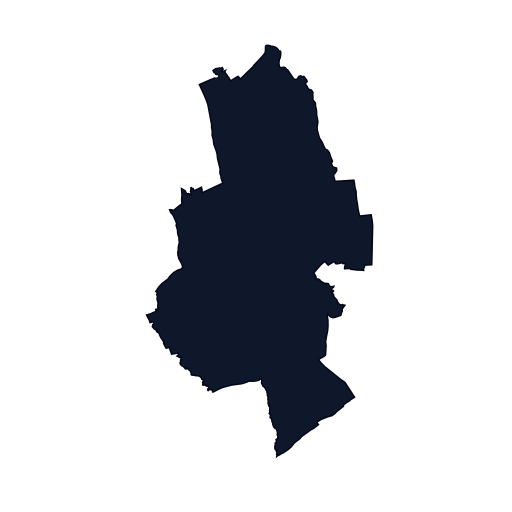 Lelesti, Gorj, Romania (orthographic projection), rotated 342°
{"feature_id": "2599482B29028980052546", "entity_name": "Lelesti", "entity_type": "district", "adm_level": 2, "iso_a3": "ROU", "parent_name": "Romania", "parent_adm1": "Gorj", "projection": "orthographic", "projection_center": [23.201, 45.094], "detail": "fine", "context": "isolated", "style": "filled", "palette": "ink", "viewbox_px": 512, "rotation_deg": 342, "n_neighbors": 0, "source": "geoboundaries", "source_scale": "gbopen_adm2", "svg_char_len": 6100}
<svg xmlns="http://www.w3.org/2000/svg" viewBox="0 0 512 512"><g transform="rotate(342 256 256)"><path d="M263.3,435.6L262.5,433.7L262.5,432.9L267.2,431.6L274.4,431.1L279.0,431.3L282.4,430.2L284.7,428.9L292.6,426.0L292.9,425.8L293.1,424.9L293.4,424.6L297.5,423.2L300.2,422.7L301.8,421.8L306.1,420.8L301.6,403.8L297.9,398.9L287.1,382.3L285.0,378.1L283.5,374.1L284.6,373.5L289.8,372.5L291.1,371.9L291.7,371.3L294.9,363.0L295.8,358.9L298.1,354.4L301.0,349.3L302.8,345.0L304.6,339.3L305.3,334.4L306.0,333.5L308.1,337.0L310.0,338.4L311.9,338.8L317.7,338.7L318.6,338.4L319.4,336.9L321.0,335.2L321.1,334.6L321.0,333.9L321.7,333.1L322.1,332.2L322.6,331.7L323.2,332.1L324.0,331.1L325.4,330.4L325.3,330.1L323.8,330.3L323.9,329.5L323.3,328.9L322.2,329.1L320.3,327.7L319.3,324.5L319.3,322.6L318.1,320.1L317.5,319.5L317.7,318.5L317.5,316.9L317.9,316.4L317.3,315.8L316.9,314.6L318.9,313.3L318.7,312.7L317.2,311.8L317.1,311.4L318.1,310.4L320.4,309.4L320.7,308.8L318.5,308.7L317.1,307.9L316.3,306.1L316.4,305.2L316.2,304.6L312.5,303.0L309.7,299.8L309.2,298.3L307.9,296.9L306.2,297.1L306.6,293.7L305.9,290.7L306.0,289.8L314.2,284.8L316.7,283.6L319.8,282.5L321.8,287.0L329.0,285.3L329.2,287.7L329.9,288.2L331.6,288.7L336.1,289.0L336.1,290.0L338.0,290.5L338.5,291.4L336.8,294.0L336.3,295.5L341.2,296.8L341.7,297.0L341.8,297.7L342.4,298.1L348.3,300.8L351.6,301.9L353.9,303.0L354.3,301.2L355.7,300.1L356.5,298.3L363.4,300.1L376.3,263.3L377.3,259.0L378.3,252.4L366.9,250.0L367.5,243.3L368.4,238.5L369.2,233.2L370.3,228.3L371.1,225.8L371.3,221.5L372.2,216.9L372.5,214.1L360.2,211.0L354.8,209.5L354.3,209.0L354.6,206.1L354.4,204.4L355.2,202.5L356.5,201.9L359.2,199.7L359.8,197.4L359.7,197.1L358.0,196.1L356.2,194.4L356.5,193.6L356.2,191.4L357.7,189.9L358.1,189.0L357.7,186.0L357.7,180.4L356.7,177.4L355.5,176.4L354.9,175.2L354.6,173.8L354.1,168.4L352.8,163.2L353.1,156.8L353.4,154.3L354.1,152.0L356.3,147.6L357.0,143.5L357.2,140.9L358.2,137.5L358.8,134.4L358.8,132.5L359.8,128.8L358.4,125.3L359.5,121.6L359.8,119.9L360.8,117.9L360.2,117.0L360.3,116.0L359.8,115.1L357.9,113.9L357.6,113.4L357.1,111.7L356.9,109.9L356.4,108.9L356.2,108.2L356.4,107.6L357.2,106.4L358.6,105.8L358.5,104.0L357.1,100.2L356.4,99.8L355.2,99.9L354.5,98.7L354.0,98.4L352.4,98.4L349.8,100.5L348.1,100.3L346.7,99.4L343.7,89.1L342.9,88.1L341.9,85.8L340.9,85.1L338.0,84.6L337.1,84.0L336.9,82.3L337.5,79.2L338.4,77.6L339.1,76.0L340.0,75.4L341.3,73.1L342.4,70.3L342.6,68.8L342.3,68.5L340.8,67.8L340.9,66.6L340.0,64.6L339.0,63.4L337.1,61.9L335.6,61.5L334.2,60.2L331.4,58.9L330.7,58.9L329.9,59.4L328.3,64.0L327.6,65.2L326.6,66.2L323.3,68.3L312.5,74.2L312.5,74.6L295.9,82.8L294.4,79.5L286.1,81.6L285.3,78.7L285.3,77.6L284.6,76.5L284.4,75.2L283.3,72.1L283.4,70.9L284.2,70.1L281.4,70.5L280.9,69.4L281.4,69.1L281.2,68.6L282.5,68.2L282.1,66.3L279.7,66.6L279.4,65.8L278.6,65.9L275.5,65.4L272.5,66.2L272.8,68.7L274.0,69.7L273.8,70.7L276.0,71.8L276.7,72.7L276.0,74.1L275.5,74.4L273.4,75.0L271.5,73.9L255.1,75.4L256.4,86.3L256.9,92.3L257.0,97.2L254.4,117.2L253.5,120.1L252.9,124.0L251.5,127.8L251.4,131.9L250.6,135.7L250.4,137.3L250.7,143.5L250.5,146.9L249.5,151.8L248.8,161.5L248.4,163.4L247.8,164.3L247.2,166.8L247.4,168.6L246.8,171.5L247.0,176.4L224.6,179.2L224.8,177.7L224.6,176.9L225.3,176.1L225.1,175.1L225.4,173.7L217.4,174.9L217.1,172.5L216.2,172.4L215.9,171.2L215.5,170.9L215.1,171.0L214.7,172.6L213.7,174.3L213.8,177.1L213.4,177.5L211.0,175.7L209.4,175.6L209.0,174.1L208.8,172.1L206.0,168.9L204.4,175.3L202.6,179.6L201.6,183.6L201.3,183.8L199.0,184.3L192.1,187.0L191.6,187.0L189.7,185.8L188.2,185.3L188.3,188.1L189.4,190.6L189.8,192.4L190.4,197.7L190.5,200.5L190.3,201.2L189.5,202.0L189.4,206.9L188.7,209.4L188.4,211.5L188.4,215.0L187.6,217.2L187.5,219.0L184.9,223.4L183.7,226.8L182.9,227.9L182.1,230.8L181.8,234.7L182.9,240.6L182.9,243.9L181.2,245.2L176.8,245.3L172.6,246.3L168.3,248.4L164.9,250.8L158.3,253.0L153.9,255.5L149.8,258.7L150.5,259.7L150.6,260.6L149.6,262.2L149.8,263.9L148.5,266.4L148.6,267.6L148.3,268.9L148.4,270.2L146.9,273.8L146.5,275.9L144.1,275.8L144.1,277.7L137.4,278.4L133.7,278.3L134.7,284.4L134.6,286.6L137.9,286.7L137.9,288.9L136.7,289.4L135.6,291.2L136.8,294.1L138.8,295.8L138.1,296.0L138.2,297.0L138.6,298.1L139.7,298.7L140.2,303.8L141.2,307.2L141.6,309.7L141.5,310.8L141.1,310.9L142.0,315.9L145.2,316.1L145.4,323.3L152.2,324.3L151.5,326.1L150.0,326.8L150.9,327.5L151.6,328.7L153.3,329.4L153.7,330.0L152.9,330.5L152.0,332.0L151.7,333.2L150.9,333.8L150.6,334.8L150.7,335.8L151.5,337.5L152.7,338.6L153.4,340.1L153.8,340.4L153.7,341.0L154.0,341.5L154.6,341.8L154.8,340.8L155.4,340.9L156.4,342.2L156.6,343.2L157.7,344.3L158.2,346.5L158.3,347.6L157.7,348.4L157.9,349.2L162.8,351.7L163.7,351.9L164.8,352.7L165.7,352.8L165.5,353.4L166.4,355.3L166.4,356.6L167.9,357.7L167.1,358.9L166.4,359.3L166.2,359.8L166.6,360.7L166.6,361.2L165.7,361.3L165.6,362.4L166.6,362.8L167.8,362.7L168.5,364.3L170.4,365.2L171.0,366.1L170.8,366.7L169.3,367.3L168.8,368.0L168.6,368.5L168.9,369.2L170.6,368.4L172.0,369.5L173.3,369.5L173.3,370.1L172.8,371.1L173.0,372.2L179.4,371.1L183.3,370.7L192.8,371.2L203.2,373.1L208.5,373.1L210.3,372.8L215.2,374.4L218.8,375.0L220.8,374.9L222.2,374.3L222.8,374.6L223.1,375.9L222.6,377.4L222.0,378.3L222.0,378.8L222.5,382.3L223.4,383.1L223.6,384.0L224.1,384.9L224.1,386.0L224.5,387.9L224.2,389.8L224.4,390.4L223.8,391.7L223.8,393.4L224.0,394.2L223.2,395.3L223.2,395.8L222.9,396.4L222.9,397.8L222.0,399.4L221.9,402.8L222.6,404.6L222.0,405.2L221.9,405.9L221.2,407.0L220.8,409.1L219.9,409.7L220.7,412.0L219.9,413.1L219.5,414.1L220.5,415.6L220.1,417.9L220.1,419.6L220.4,420.7L219.9,421.4L220.0,423.4L220.1,424.4L220.6,425.5L221.9,426.9L222.0,428.0L221.7,431.5L221.0,432.1L221.1,434.3L220.3,436.3L218.4,436.7L218.2,437.4L218.7,438.0L218.6,438.3L217.2,439.5L216.5,439.8L216.2,440.4L216.3,441.4L215.1,442.7L214.4,445.5L215.3,446.6L214.9,447.1L215.1,447.7L215.0,449.0L215.3,450.0L214.3,450.7L214.3,451.0L214.6,451.5L213.8,453.1L214.9,452.6L217.2,452.4L218.3,451.9L220.8,451.7L226.9,450.0L230.2,448.6L234.9,445.5L240.8,443.5L243.8,441.7L254.4,438.3L257.7,437.7L263.3,435.6Z" fill="#0f172a" stroke="#020617" stroke-width="1.5"/></g></svg>